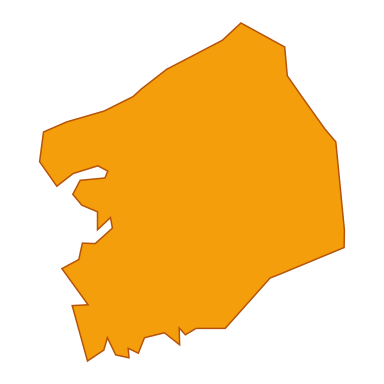 Montgomery, Virginia, United States of America (Albers equal-area conic projection)
{"feature_id": "52423323B95683918049548", "entity_name": "Montgomery", "entity_type": "district", "adm_level": 2, "iso_a3": "USA", "parent_name": "United States of America", "parent_adm1": "Virginia", "projection": "albers", "projection_center": [-80.462, 37.177], "detail": "fine", "context": "isolated", "style": "filled", "palette": "amber", "viewbox_px": 384, "rotation_deg": 0, "n_neighbors": 0, "source": "geoboundaries", "source_scale": "gbopen_adm2", "svg_char_len": 717}
<svg xmlns="http://www.w3.org/2000/svg" viewBox="0 0 384 384"><path d="M61.9,268.6L88.1,304.8L72.2,305.6L87.5,361.0L103.8,350.1L107.4,337.7L115.7,354.9L129.0,357.8L128.2,348.3L138.3,353.2L144.5,337.7L164.5,332.8L179.6,344.8L179.2,328.0L185.4,334.8L196.0,328.4L225.2,328.4L270.1,278.0L278.1,274.9L344.1,247.5L344.4,230.1L335.8,141.9L324.9,129.0L301.1,95.6L287.3,75.8L284.7,47.0L240.9,23.0L222.3,40.3L166.8,69.2L141.2,89.1L133.0,96.6L104.2,111.0L66.9,121.8L43.5,132.0L39.6,161.7L56.8,186.2L73.0,173.6L97.8,165.8L107.8,171.1L104.9,178.0L80.2,180.3L72.8,194.3L81.8,205.2L97.5,211.8L97.5,229.8L110.5,217.5L112.4,228.1L95.2,243.6L82.4,243.1L78.8,259.5L61.9,268.6Z" fill="#f59e0b" stroke="#b45309" stroke-width="1.5"/></svg>